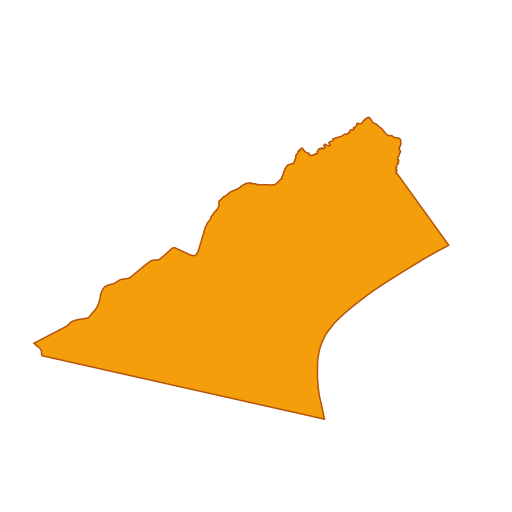 outline of Chiengi, Luapula, Zambia, rotated 201°
{"feature_id": "96606910B82152127957425", "entity_name": "Chiengi", "entity_type": "district", "adm_level": 2, "iso_a3": "ZMB", "parent_name": "Zambia", "parent_adm1": "Luapula", "projection": "albers", "projection_center": [29.176, -8.776], "detail": "fine", "context": "isolated", "style": "filled", "palette": "amber", "viewbox_px": 512, "rotation_deg": 201, "n_neighbors": 0, "source": "geoboundaries", "source_scale": "gbopen_adm2", "svg_char_len": 6047}
<svg xmlns="http://www.w3.org/2000/svg" viewBox="0 0 512 512"><g transform="rotate(201 256 256)"><path d="M407.4,122.9L432.1,94.9L431.5,94.7L431.4,94.9L430.3,94.6L430.2,94.4L429.9,94.2L429.7,93.9L429.0,93.7L428.8,93.5L428.3,93.5L427.8,93.5L426.8,93.0L426.1,92.9L424.8,92.5L424.0,91.8L423.6,91.6L423.1,91.3L422.8,90.8L422.2,90.6L421.9,89.9L421.8,89.1L421.2,88.4L420.9,87.2L420.3,86.7L419.9,86.2L133.6,128.2L141.9,141.2L144.6,144.9L147.8,150.0L150.7,155.4L155.4,165.3L160.2,178.2L161.3,181.7L163.0,190.1L163.5,197.3L163.2,203.2L162.7,208.2L162.5,209.1L158.8,221.5L156.0,227.7L153.0,233.8L148.3,242.4L142.6,252.0L136.1,262.4L129.1,272.6L125.2,277.9L113.1,294.1L97.8,314.0L88.8,324.9L79.9,335.1L152.7,382.8L153.4,383.1L153.6,383.3L154.1,383.3L154.6,383.5L154.9,383.5L155.2,383.6L155.2,383.9L155.0,384.0L155.0,384.3L155.0,384.7L154.9,385.2L155.2,385.3L155.2,385.6L155.1,385.8L155.3,386.1L155.2,386.6L155.5,386.9L155.6,386.6L156.1,386.5L156.5,387.1L156.7,387.7L156.6,389.1L156.6,389.3L157.1,389.3L157.1,389.5L156.9,389.5L156.9,389.8L157.1,391.1L156.7,391.9L156.4,393.1L156.8,393.2L157.2,393.6L157.1,393.9L156.8,394.0L156.7,394.2L156.5,394.3L157.0,395.1L156.8,395.7L156.8,396.0L156.9,396.3L157.3,396.6L157.5,397.0L158.3,396.7L158.6,397.5L158.9,397.7L158.9,398.1L159.1,398.3L159.1,398.7L158.7,399.3L158.5,400.0L158.7,402.6L158.8,403.2L158.8,403.5L158.5,403.8L158.6,405.1L158.7,405.5L159.1,405.7L159.5,406.4L160.6,407.1L161.0,407.8L160.9,408.7L161.1,408.7L161.1,408.9L160.9,409.0L161.1,409.7L160.9,409.7L160.8,410.2L160.8,412.1L160.7,412.5L161.0,412.9L161.9,414.3L162.0,415.5L162.4,416.0L163.3,416.7L164.4,417.1L166.1,417.1L167.7,416.5L169.5,416.2L171.5,416.9L172.6,417.0L173.4,416.4L175.1,416.1L176.7,416.0L178.5,416.6L184.3,420.0L186.1,420.4L191.8,422.5L192.7,422.2L193.7,422.1L194.5,422.4L198.5,425.2L199.8,425.8L200.1,425.8L201.2,425.4L201.1,424.9L202.0,424.4L202.4,424.0L202.6,423.7L202.4,423.1L202.5,422.8L202.6,422.7L203.2,422.5L203.6,422.3L203.5,421.8L204.5,420.2L204.6,419.8L204.5,418.6L204.8,418.0L205.3,417.4L206.7,416.5L207.1,416.4L207.3,416.2L207.9,416.1L208.6,416.5L209.1,416.2L209.2,415.8L209.1,415.3L209.1,414.5L208.8,414.1L208.7,413.6L209.2,413.1L209.6,412.5L209.8,411.5L210.0,411.2L210.4,411.1L210.9,410.8L210.9,410.5L210.7,410.2L210.2,410.3L210.1,410.2L210.2,408.9L210.4,408.6L210.9,408.3L211.4,408.3L211.6,408.5L212.3,407.8L212.8,407.6L213.2,407.3L213.0,405.7L212.9,405.4L213.3,404.5L213.5,404.6L213.6,404.2L213.8,404.1L213.7,403.7L214.5,402.9L214.8,402.1L215.0,401.9L215.3,401.8L215.7,401.9L216.6,401.7L217.5,400.9L218.4,399.0L218.9,398.5L220.0,397.8L226.1,393.0L225.5,392.6L225.4,391.9L225.6,391.4L227.1,389.6L228.0,389.0L228.6,388.4L228.7,388.0L227.3,386.9L226.6,386.3L226.4,385.4L226.7,385.1L227.8,385.1L229.5,384.7L230.4,385.0L231.5,385.1L232.0,384.8L232.3,384.2L232.4,383.7L232.1,383.3L231.5,382.9L230.5,382.7L230.4,382.0L230.8,381.6L231.4,380.5L231.5,380.0L232.0,380.1L232.3,380.6L232.5,380.6L233.1,380.4L233.2,379.9L233.4,380.0L233.5,380.1L233.8,380.2L234.0,379.8L233.9,379.5L234.5,378.9L235.4,378.8L235.6,378.6L235.5,378.4L235.6,378.2L235.6,377.4L235.9,377.0L236.1,376.5L236.0,375.8L236.3,375.5L236.1,375.1L235.7,374.9L235.8,374.7L235.7,374.4L235.6,373.5L235.9,373.3L235.9,373.1L236.6,373.1L236.8,372.7L237.4,372.4L237.6,372.0L238.0,371.8L238.1,371.3L238.1,371.2L238.6,370.9L239.3,370.6L239.4,370.2L239.8,370.1L240.0,369.7L240.5,369.7L241.1,369.2L241.8,369.3L242.4,369.2L242.4,370.0L242.7,370.1L242.9,370.5L243.4,370.8L243.7,370.9L245.9,370.4L246.2,370.6L246.5,370.6L246.8,370.9L247.2,370.9L248.6,371.4L248.9,371.8L249.6,371.9L250.4,372.7L251.1,372.9L251.3,373.2L251.6,372.8L252.1,372.7L252.2,372.8L252.5,372.6L252.5,371.6L252.9,371.6L253.0,371.5L253.2,371.2L253.2,370.7L252.9,370.3L252.9,370.1L253.6,369.9L253.6,369.6L253.9,369.6L254.3,368.8L254.3,368.6L254.1,368.2L254.0,367.4L254.3,365.7L254.6,365.2L254.8,364.3L254.8,363.7L254.2,362.2L254.0,361.2L254.3,360.0L254.0,359.0L254.2,358.1L254.0,356.0L254.7,355.6L256.3,354.3L256.7,354.1L257.5,353.4L258.4,352.9L258.9,352.4L259.2,352.1L259.6,350.3L259.9,348.4L260.2,347.8L260.1,347.2L259.9,346.9L259.9,346.0L260.3,344.8L260.3,344.4L260.3,344.0L260.1,342.8L260.1,342.0L259.6,341.5L259.8,341.1L260.1,340.7L259.9,339.8L260.2,339.1L260.2,338.3L259.9,337.6L259.5,337.2L259.7,336.8L260.2,336.9L260.3,336.7L261.5,334.2L261.6,333.1L262.0,332.5L262.5,332.1L262.8,331.1L263.0,330.7L263.6,330.2L263.7,329.8L264.7,329.0L266.3,328.2L268.0,327.5L270.8,326.6L276.1,324.7L277.3,323.9L279.6,323.5L280.7,323.1L281.1,322.7L281.4,322.9L281.6,323.2L282.6,323.2L283.9,322.8L284.9,322.2L286.0,322.2L286.3,322.5L286.5,322.2L287.1,322.2L287.9,321.5L288.3,321.8L288.6,321.7L289.5,321.3L289.6,321.0L290.4,320.7L290.8,320.3L291.4,320.1L291.6,319.8L291.6,319.6L292.1,319.3L292.0,319.0L292.0,318.8L292.3,318.8L292.7,318.3L293.4,317.8L294.8,315.8L295.1,315.5L295.4,314.7L297.2,312.0L297.7,311.6L298.4,310.8L299.0,310.2L300.2,309.3L302.3,307.2L303.9,304.9L304.2,304.6L304.4,303.4L304.7,303.3L305.0,302.6L306.1,300.9L306.4,300.5L306.9,300.4L307.7,299.2L308.1,298.3L308.1,298.0L308.6,297.0L308.7,296.4L309.9,294.6L310.2,293.4L309.7,292.2L309.0,291.2L308.6,287.4L308.9,285.9L309.3,285.1L309.4,284.3L310.1,283.2L310.4,282.3L310.6,281.2L310.9,280.7L311.1,278.8L312.0,276.9L311.7,273.5L312.6,271.4L313.2,269.4L313.2,267.6L313.6,265.2L313.4,261.1L312.9,257.1L312.8,254.0L312.3,248.6L312.1,245.0L311.8,242.7L311.7,240.5L311.8,239.2L312.2,236.3L312.9,235.0L313.7,234.3L314.6,233.9L316.0,233.6L318.0,233.5L334.7,234.6L336.1,234.1L336.8,233.5L337.9,231.7L338.5,230.3L341.2,225.0L344.7,218.6L345.4,217.8L346.5,217.0L347.4,216.6L348.4,216.3L350.7,215.1L352.0,214.2L352.7,213.5L357.0,206.5L364.2,193.4L365.5,191.3L367.3,189.4L368.9,188.3L372.6,186.4L374.1,185.4L378.7,179.4L379.5,178.7L381.2,177.6L384.1,175.4L385.8,173.6L386.2,172.9L386.7,171.5L387.2,169.4L387.4,165.6L387.0,162.8L386.5,161.3L386.3,160.0L385.9,155.5L386.0,152.9L386.4,149.9L387.1,147.5L388.9,142.7L390.3,138.4L392.8,136.6L398.7,133.3L401.7,131.2L403.4,129.8L404.7,128.3L405.6,126.9L407.4,122.9Z" fill="#f59e0b" stroke="#b45309" stroke-width="1.5"/></g></svg>